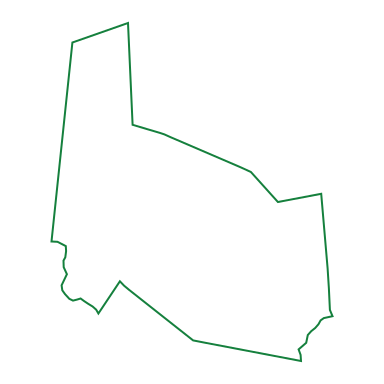 Tanque do Piauí, Piauí, Brazil (Robinson projection)
{"feature_id": "56859067B11832506825176", "entity_name": "Tanque do Piauí", "entity_type": "district", "adm_level": 2, "iso_a3": "BRA", "parent_name": "Brazil", "parent_adm1": "Piauí", "projection": "robinson", "projection_center": [-42.274, -6.64], "detail": "fine", "context": "isolated", "style": "outline", "palette": "green", "viewbox_px": 384, "rotation_deg": 0, "n_neighbors": 0, "source": "geoboundaries", "source_scale": "gbopen_adm2", "svg_char_len": 738}
<svg xmlns="http://www.w3.org/2000/svg" viewBox="0 0 384 384"><path d="M51.5,241.5L57.5,241.8L65.8,246.1L66.1,251.1L65.3,257.3L63.5,260.6L63.7,267.2L66.9,274.2L63.7,280.9L61.6,285.3L62.3,290.3L65.0,294.1L69.3,298.8L73.0,300.6L77.0,299.6L80.6,298.5L84.0,301.0L88.2,303.8L92.6,306.5L96.2,309.7L98.4,313.5L119.9,281.3L124.1,285.7L129.4,290.1L193.1,340.4L205.9,342.9L301.0,361.0L300.6,354.9L298.6,349.4L306.2,342.8L307.8,335.0L311.3,331.1L315.2,328.0L318.5,324.2L320.6,320.4L323.8,318.1L332.5,316.2L329.9,309.9L328.9,288.7L327.6,268.3L321.2,193.8L277.9,202.0L250.9,172.0L241.1,167.5L170.6,137.2L164.4,134.4L159.9,132.9L152.5,130.7L147.7,129.3L132.6,124.8L128.0,23.0L72.4,42.5L51.5,241.5Z" fill="none" stroke="#15803d" stroke-width="2"/></svg>